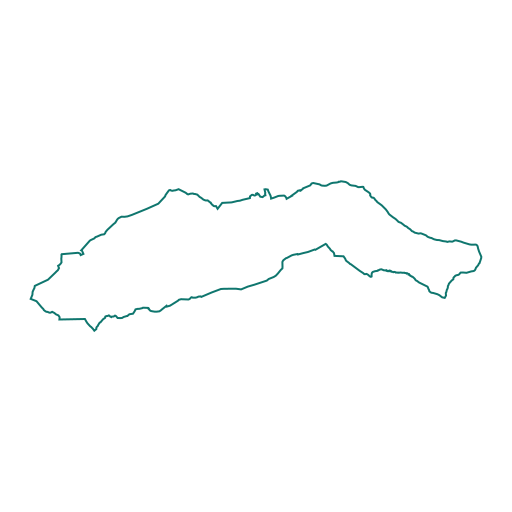 Vascau, Bihor, Romania (Natural Earth projection)
{"feature_id": "2599482B4417163112407", "entity_name": "Vascau", "entity_type": "district", "adm_level": 2, "iso_a3": "ROU", "parent_name": "Romania", "parent_adm1": "Bihor", "projection": "natural_earth1", "projection_center": [22.487, 46.466], "detail": "fine", "context": "isolated", "style": "outline", "palette": "teal", "viewbox_px": 512, "rotation_deg": 0, "n_neighbors": 0, "source": "geoboundaries", "source_scale": "gbopen_adm2", "svg_char_len": 6040}
<svg xmlns="http://www.w3.org/2000/svg" viewBox="0 0 512 512"><path d="M444.7,297.9L445.6,296.3L446.0,295.5L445.8,293.1L445.9,292.8L446.3,292.1L446.9,289.6L447.3,289.1L447.8,287.7L447.9,286.1L448.6,284.8L448.9,283.7L451.7,280.5L453.3,279.3L453.5,277.7L453.8,277.3L455.0,276.2L455.2,275.8L456.3,275.3L458.5,274.8L459.3,274.2L459.9,273.4L460.6,272.6L462.9,272.5L466.5,272.8L471.3,271.4L473.3,271.1L474.3,270.7L475.0,270.0L475.3,269.5L476.0,267.7L478.1,265.3L478.9,263.7L479.2,263.3L479.5,263.2L481.2,258.1L481.3,256.7L479.1,251.6L478.1,248.5L477.7,246.6L477.5,246.0L476.8,245.1L476.4,244.8L475.7,244.6L471.5,244.7L469.5,244.4L463.5,242.6L461.2,241.7L456.2,240.4L454.9,240.4L452.5,241.6L451.4,241.6L449.4,241.4L447.3,241.9L446.2,241.5L442.9,241.1L439.2,240.1L436.9,240.0L434.1,239.3L432.6,238.6L431.5,238.0L430.3,237.8L428.1,237.0L427.0,236.3L426.4,235.6L425.4,235.1L421.4,233.5L420.4,233.3L418.6,233.6L414.6,232.6L413.4,231.7L411.9,231.1L410.2,229.3L408.0,227.9L407.2,227.0L406.4,226.5L404.6,225.7L403.6,224.8L401.0,222.8L399.3,222.2L398.4,221.8L397.9,221.2L395.6,219.0L392.9,217.2L389.3,214.4L388.6,213.5L387.6,211.8L385.8,209.4L381.7,205.3L377.3,202.1L376.3,200.8L375.6,200.3L374.1,198.2L373.5,197.8L372.9,197.6L372.2,197.7L371.0,196.7L370.2,195.4L370.1,195.1L370.3,194.5L370.1,193.6L368.8,192.4L364.9,189.8L364.0,188.6L363.3,186.9L362.7,186.8L359.7,187.1L358.1,187.1L355.6,185.9L351.4,185.4L349.9,184.9L349.2,184.4L347.8,183.1L345.7,182.0L341.3,181.3L340.7,181.3L339.8,181.8L338.8,181.7L338.4,182.1L336.8,182.5L333.0,182.8L331.8,183.1L330.5,183.5L326.6,185.6L324.9,185.8L322.0,185.6L320.6,185.1L319.7,184.4L313.2,183.0L311.6,183.5L310.2,185.4L303.2,188.3L303.2,188.5L300.7,190.6L300.3,190.3L300.0,190.6L299.7,190.3L297.7,190.8L297.5,191.3L296.6,192.1L291.6,195.7L291.8,195.9L286.6,198.8L286.3,197.8L285.3,196.4L284.4,195.7L283.9,195.6L279.6,195.8L278.2,196.0L273.9,197.7L271.1,198.6L271.0,197.6L270.5,195.6L268.4,191.4L267.8,189.6L265.6,189.2L264.5,189.4L265.3,192.9L265.1,193.7L265.4,195.3L264.5,195.5L262.6,197.1L260.3,196.7L258.5,194.0L257.8,194.3L257.2,193.2L256.2,193.6L256.4,194.0L256.1,194.7L255.9,195.0L255.2,195.4L254.3,195.5L252.8,194.8L251.8,194.9L250.0,196.4L249.9,198.1L242.6,199.8L239.9,200.7L237.4,201.0L231.6,202.4L222.2,202.9L217.6,208.8L216.0,206.1L214.4,206.2L213.5,205.9L213.1,205.4L211.8,204.4L211.2,203.4L210.8,203.2L210.7,202.6L209.3,201.8L208.9,201.3L208.1,200.8L207.7,200.4L206.0,200.5L205.1,200.3L203.4,199.6L201.3,197.9L199.6,196.9L197.3,194.6L196.3,194.4L195.7,194.1L193.7,193.9L192.9,193.5L190.4,193.7L188.1,194.4L187.0,193.9L186.8,193.6L185.6,192.7L178.6,189.2L175.5,190.3L173.7,190.5L172.6,190.8L171.2,190.6L170.2,190.0L169.2,190.2L168.7,190.7L166.7,193.4L165.4,195.3L165.1,196.4L158.3,203.7L146.9,208.8L131.9,214.9L127.5,216.4L124.5,216.8L121.5,216.7L118.7,218.1L117.7,218.9L116.5,220.6L116.1,221.5L115.7,221.9L115.4,222.6L113.4,224.2L107.5,229.7L105.7,231.8L105.1,233.3L104.1,234.3L101.3,234.7L97.0,236.6L95.5,237.1L94.3,238.4L90.5,240.2L89.8,240.7L81.3,250.3L81.9,250.5L83.4,253.9L80.7,255.1L80.1,253.7L79.4,253.3L78.0,252.8L61.7,254.2L61.5,254.5L61.5,257.0L61.3,258.6L61.5,262.4L60.8,263.5L59.6,264.8L58.1,265.8L59.0,268.1L57.8,270.3L56.2,271.7L55.8,272.2L48.0,279.7L34.8,285.9L34.4,288.1L33.6,289.6L32.6,291.9L32.4,294.8L30.7,298.9L36.5,301.2L41.7,307.4L43.3,309.0L43.9,310.1L45.6,311.4L46.5,311.8L47.6,311.9L49.2,312.6L49.9,312.7L50.7,312.6L52.0,311.9L52.5,311.9L53.1,312.4L54.3,312.9L55.9,314.3L58.4,315.4L59.5,317.0L59.6,317.6L59.4,319.5L84.9,319.0L86.3,321.5L87.4,323.2L90.2,326.3L91.1,326.9L93.0,328.9L94.3,330.7L96.3,329.1L96.4,327.6L96.9,326.8L97.9,325.8L98.1,325.1L99.7,322.6L100.5,322.3L103.0,319.3L105.1,317.8L105.3,316.6L106.3,316.1L107.9,315.9L108.8,315.4L109.1,315.5L110.3,316.6L111.2,317.0L111.3,316.7L113.7,316.5L115.0,315.6L116.0,316.1L117.6,318.0L120.8,318.1L122.2,317.9L123.6,317.0L126.9,316.0L127.4,316.0L128.9,314.6L129.7,314.2L133.0,313.7L134.6,311.3L135.5,309.4L137.4,308.9L139.5,308.8L142.4,308.1L143.0,307.7L148.0,307.9L148.4,308.0L148.7,308.4L148.4,308.7L149.7,310.0L149.8,310.3L150.7,310.9L151.9,311.2L154.9,311.7L156.7,311.7L157.8,311.5L158.9,311.4L159.4,311.3L160.8,310.4L162.2,309.2L166.5,305.8L166.8,306.6L170.0,305.7L178.0,300.7L178.9,299.8L181.1,299.2L188.5,299.5L189.6,299.0L191.3,297.3L191.8,297.2L192.8,297.7L195.4,297.7L197.0,297.3L198.5,296.6L200.7,296.4L201.3,296.9L211.6,292.5L220.9,289.0L223.9,288.8L235.8,288.7L241.1,289.4L247.8,286.6L254.4,284.7L266.8,280.6L268.7,279.0L273.7,277.0L275.8,275.7L277.8,273.6L280.8,269.9L282.4,268.4L282.5,266.9L282.4,262.1L282.6,261.4L283.4,260.2L286.0,258.2L287.0,257.9L291.6,255.4L293.4,254.8L297.6,254.0L297.9,254.5L303.6,253.0L307.9,252.0L314.7,249.5L315.4,249.8L325.7,243.9L326.6,244.6L327.2,245.4L327.8,246.5L329.8,248.6L330.8,250.2L331.7,250.8L332.0,251.2L332.6,251.4L334.0,253.1L334.5,255.9L343.5,256.3L345.2,258.7L345.7,260.0L346.3,260.9L349.0,262.9L350.1,264.0L350.8,264.2L359.8,270.9L363.2,273.1L364.3,274.1L365.6,274.1L366.3,273.9L366.7,274.0L368.1,274.8L369.7,276.3L370.7,276.8L371.0,276.8L371.6,276.5L371.6,274.2L371.9,273.0L372.4,272.3L372.9,271.9L375.0,271.2L377.7,270.8L378.0,270.3L378.6,270.2L380.0,269.5L381.4,269.3L383.9,270.3L385.1,270.3L385.5,270.5L386.2,270.2L386.7,270.9L387.4,271.1L387.6,270.8L388.2,271.0L388.6,270.9L388.7,271.2L388.9,271.2L388.9,270.9L389.4,270.9L389.3,270.7L389.5,270.6L389.7,270.8L390.2,270.7L390.7,270.9L390.6,271.2L391.2,271.7L393.0,271.9L393.3,272.2L394.5,271.9L395.2,272.1L395.6,272.5L396.0,272.4L396.7,272.6L397.4,272.7L398.0,272.5L398.8,272.8L400.1,272.5L402.9,272.8L404.3,272.7L404.8,273.0L405.5,273.0L405.9,273.2L406.4,273.2L406.7,273.5L407.0,273.2L407.3,273.3L408.3,274.0L408.7,274.0L408.7,274.3L409.0,274.2L409.4,275.0L409.7,275.0L409.9,275.5L410.7,275.8L410.9,276.1L411.7,276.4L411.8,276.6L412.2,276.6L413.0,277.1L414.8,278.8L415.3,279.7L415.8,280.3L417.3,281.1L418.9,282.4L427.4,286.6L427.9,287.3L428.3,288.6L429.0,289.9L429.4,291.3L430.5,292.2L431.3,292.7L433.3,293.0L437.4,294.2L439.4,295.2L442.1,297.3L444.7,297.9Z" fill="none" stroke="#0f766e" stroke-width="2"/></svg>